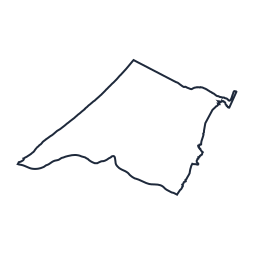 Sitionuevo, Magdalena, Colombia, rotated 299°
{"feature_id": "7082276B53559247838582", "entity_name": "Sitionuevo", "entity_type": "district", "adm_level": 2, "iso_a3": "COL", "parent_name": "Colombia", "parent_adm1": "Magdalena", "projection": "mercator", "projection_center": [-74.637, 10.912], "detail": "fine", "context": "isolated", "style": "outline", "palette": "slate", "viewbox_px": 256, "rotation_deg": 299, "n_neighbors": 0, "source": "geoboundaries", "source_scale": "gbopen_adm2", "svg_char_len": 5572}
<svg xmlns="http://www.w3.org/2000/svg" viewBox="0 0 256 256"><g transform="rotate(299 128 128)"><path d="M80.9,114.4L81.1,116.0L82.3,118.2L83.7,119.1L85.7,120.6L86.3,121.3L87.2,122.7L88.3,123.7L89.9,124.8L92.3,126.0L93.7,127.0L94.3,127.3L95.0,127.4L95.3,127.6L96.0,128.3L96.4,128.9L96.5,129.2L96.5,129.5L96.3,130.2L95.9,130.6L95.5,131.1L93.0,133.0L91.3,134.2L90.6,134.9L89.9,135.9L89.3,137.4L88.7,139.6L88.6,141.1L88.6,142.8L88.9,146.7L88.8,148.8L88.6,150.1L87.8,152.3L87.6,153.3L87.3,155.0L87.2,156.6L87.2,158.4L87.5,159.5L88.0,162.3L88.7,170.6L89.3,173.7L90.2,176.0L91.3,178.1L92.9,181.5L93.6,183.9L93.8,185.3L93.7,187.0L93.4,188.3L92.9,190.0L92.7,191.8L92.8,197.4L93.2,198.8L93.3,199.1L93.4,199.9L93.5,203.2L94.1,203.2L98.9,203.6L100.2,204.1L102.4,204.2L102.9,204.1L103.0,203.9L103.6,203.9L103.9,204.1L104.2,203.9L104.2,203.7L104.4,203.4L104.7,203.3L104.9,202.9L105.1,203.0L105.5,203.3L106.1,203.4L106.3,203.4L107.3,203.1L107.6,203.1L108.0,203.3L109.2,204.3L109.5,204.4L109.8,204.2L110.1,203.5L110.4,203.4L110.6,203.4L111.0,203.6L111.5,203.8L111.9,203.9L113.3,203.8L116.7,203.9L118.4,203.8L119.4,203.4L122.1,202.5L125.6,201.7L127.9,201.6L128.1,202.6L128.5,203.5L129.0,204.3L129.6,206.4L129.9,206.9L130.0,206.9L130.5,207.0L130.7,206.9L130.9,206.5L131.0,206.2L131.2,205.9L131.2,205.5L131.6,204.6L132.5,204.1L132.9,203.9L133.4,203.9L134.2,204.1L134.5,204.0L134.8,203.8L135.1,204.1L135.5,204.4L135.8,204.2L136.1,204.0L136.4,203.7L136.6,203.6L137.3,204.5L137.9,204.5L138.0,204.4L138.5,204.4L138.9,204.8L139.2,204.8L139.5,204.8L140.1,205.3L140.4,205.5L141.4,205.4L142.5,204.9L142.7,205.0L143.1,205.1L143.3,204.3L143.3,203.8L143.6,203.2L143.7,202.8L144.1,202.3L144.3,201.6L144.5,201.5L144.5,201.2L144.9,201.1L144.9,200.7L144.8,200.4L144.9,200.0L145.0,199.9L145.5,199.7L145.8,199.4L145.6,199.4L145.5,199.0L145.8,198.6L146.3,198.1L146.6,197.9L146.7,198.0L147.4,198.8L147.7,199.1L147.8,199.1L148.2,198.7L148.6,199.1L149.1,199.9L150.8,199.1L152.3,198.6L155.5,198.0L157.0,197.7L158.3,197.4L158.6,197.3L159.1,197.1L159.3,196.6L161.1,196.5L162.4,195.8L169.7,193.3L184.8,193.1L188.5,194.3L189.3,194.5L189.5,194.5L190.3,195.1L191.0,195.4L191.6,195.4L192.1,195.6L192.5,195.2L192.5,195.3L192.4,195.4L192.4,195.6L192.2,195.7L192.4,195.8L192.6,195.7L192.6,195.8L193.0,195.9L193.1,196.1L193.2,195.9L193.3,195.9L193.3,196.0L193.7,195.9L193.9,195.6L193.9,196.0L194.0,196.0L194.3,195.8L194.7,195.9L195.1,194.6L195.3,195.5L195.3,195.9L195.2,196.0L195.3,196.1L195.5,195.9L195.5,196.2L195.7,196.3L196.0,196.4L196.1,196.6L196.3,196.7L196.5,196.7L196.6,196.9L196.6,197.2L196.8,197.3L197.1,197.2L197.0,197.4L197.2,197.5L197.4,197.8L197.5,198.0L197.7,198.3L197.6,198.7L197.5,198.8L197.6,199.0L197.4,199.3L197.5,200.2L197.3,200.7L196.4,201.5L195.8,202.2L195.8,202.8L195.5,203.7L195.4,203.8L195.1,203.8L194.9,204.8L195.0,205.3L194.9,205.3L194.7,205.2L194.6,205.3L194.7,205.6L194.9,205.9L194.7,206.3L194.9,206.7L213.0,205.2L212.9,205.2L212.6,204.8L212.0,204.3L211.9,204.0L212.0,203.6L211.9,203.4L211.8,203.1L211.6,203.0L211.3,202.9L210.7,202.9L210.2,202.9L209.4,203.2L207.6,203.4L204.0,204.1L203.2,204.1L202.1,204.0L201.2,203.7L201.1,203.2L200.9,202.7L201.0,202.3L201.2,201.9L201.3,201.7L201.4,201.4L201.5,200.6L201.6,200.1L201.5,199.5L201.3,199.1L201.2,198.7L201.2,198.4L201.1,198.2L201.2,197.7L201.2,197.3L201.0,196.8L200.8,196.5L200.7,196.1L200.5,195.9L200.4,195.9L200.4,195.7L200.2,195.1L200.2,194.6L200.0,194.1L199.9,193.9L199.9,193.7L199.6,193.0L199.7,192.4L199.6,191.5L199.3,190.9L199.1,190.0L199.2,189.1L199.4,188.3L199.4,187.6L199.6,186.9L199.7,185.9L199.5,185.2L199.5,184.6L199.7,184.2L199.7,183.2L199.6,182.4L199.8,179.9L199.7,179.3L199.8,179.0L199.9,178.2L199.8,177.6L199.9,177.4L199.8,176.1L199.7,175.9L199.6,174.2L199.4,173.1L199.0,172.2L198.9,171.6L198.6,171.4L198.5,171.2L198.3,171.2L198.2,171.0L198.1,170.7L197.8,169.9L197.6,169.3L197.1,168.9L196.8,168.1L196.6,168.0L195.3,166.4L194.9,166.2L194.3,165.7L193.1,165.0L193.0,164.8L192.8,164.7L192.7,164.5L192.4,163.6L192.2,161.8L192.0,160.6L192.0,160.0L191.9,159.5L192.0,159.3L191.9,158.2L191.5,157.6L191.2,157.4L190.9,156.7L191.0,154.8L191.2,153.3L191.3,152.3L191.6,150.5L191.7,149.6L191.5,148.0L191.4,147.7L190.1,99.9L185.9,99.1L179.1,97.8L170.7,95.8L170.0,95.5L165.3,94.5L160.6,93.2L159.3,92.7L156.0,91.8L154.5,91.3L152.1,90.7L151.4,90.4L149.2,89.9L146.8,89.2L146.0,89.0L145.2,88.7L144.5,88.6L142.7,87.9L141.7,87.6L136.9,85.9L136.1,85.7L134.1,84.7L132.6,84.2L131.7,83.8L130.7,83.5L128.7,82.6L126.3,81.9L125.0,81.3L124.3,81.2L123.8,80.9L123.3,81.0L122.9,80.8L120.0,79.6L117.7,78.8L115.2,77.7L113.9,77.3L112.4,76.7L110.8,76.2L106.5,74.3L103.5,73.1L102.5,72.6L99.3,71.4L94.0,69.1L91.1,67.4L86.2,65.6L84.4,64.8L83.7,64.3L83.1,64.1L82.4,63.6L81.7,63.4L78.8,62.0L78.1,61.6L77.8,61.6L76.3,60.9L74.6,60.2L72.7,59.9L71.5,59.6L69.9,58.8L69.4,58.7L68.5,58.5L66.8,57.8L66.2,57.6L66.3,57.3L66.2,57.6L65.7,57.6L64.1,57.3L62.6,57.2L61.1,56.9L59.2,55.9L59.2,55.7L59.1,56.0L58.7,55.9L57.0,55.1L54.8,53.9L53.8,53.4L51.9,52.1L51.0,51.7L50.7,51.4L50.6,51.6L50.3,52.0L49.9,52.0L49.1,52.0L47.1,50.9L45.9,49.9L45.7,49.6L45.1,49.0L44.8,49.0L44.2,49.2L43.0,49.1L43.2,50.2L43.9,52.2L44.4,54.0L44.7,55.8L45.2,60.6L45.4,62.0L45.7,63.2L46.2,64.6L47.0,66.3L47.9,67.8L48.9,69.2L50.6,71.1L52.5,72.7L53.3,73.3L55.6,74.4L57.1,75.7L58.0,76.3L61.4,78.0L62.7,78.8L63.9,79.8L65.7,81.9L66.5,82.7L67.3,83.2L69.2,84.2L69.9,84.7L70.9,85.8L72.6,87.2L74.5,89.2L77.0,92.1L78.5,94.4L79.4,96.1L80.1,98.1L80.4,99.3L80.6,101.1L81.2,103.5L81.4,104.4L81.5,105.1L81.3,106.5L81.5,107.6L81.0,109.5L80.8,111.5L80.8,113.0L80.9,114.4Z" fill="none" stroke="#1e293b" stroke-width="2"/></g></svg>